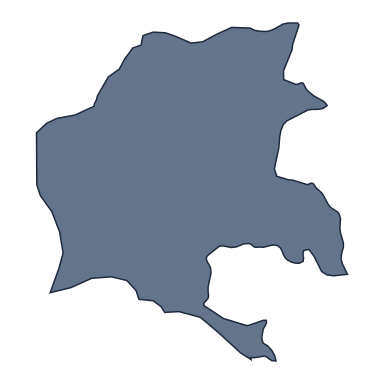 map outline of Beyla (orthographic projection)
{"feature_id": "GIN-5627", "entity_name": "Beyla", "entity_type": "Prefecture", "adm_level": 1, "iso_a3": "GIN", "parent_name": "Guinea", "parent_adm1": "", "projection": "orthographic", "projection_center": [-8.118, 8.717], "detail": "fine", "context": "isolated", "style": "filled", "palette": "slate", "viewbox_px": 384, "rotation_deg": 0, "n_neighbors": 0, "source": "natural_earth", "source_scale": "10m", "svg_char_len": 2149}
<svg xmlns="http://www.w3.org/2000/svg" viewBox="0 0 384 384"><path d="M250.3,28.1L254.1,30.2L259.3,31.2L264.6,31.5L269.0,31.1L273.9,29.2L282.9,24.1L287.9,23.0L297.7,23.0L299.0,25.1L292.7,44.3L292.0,49.9L283.5,70.8L283.7,79.6L295.8,84.4L298.8,83.9L301.2,82.8L303.2,83.2L306.4,89.4L309.0,92.0L314.3,96.2L324.2,101.7L327.2,105.4L326.9,105.7L323.1,108.5L317.4,109.4L312.7,109.4L308.1,109.9L286.8,120.9L283.2,124.7L280.9,130.5L279.8,136.2L278.8,148.0L274.4,168.9L276.8,176.3L287.7,179.6L293.0,180.2L307.2,184.6L308.3,184.4L310.8,183.2L312.2,183.2L313.8,184.2L315.7,187.3L316.8,188.6L321.3,192.5L322.9,194.6L328.6,205.0L330.9,207.6L337.5,212.0L339.2,214.1L340.5,218.6L339.9,227.9L340.5,232.9L343.4,243.0L343.4,247.1L341.7,253.2L341.0,258.9L342.5,264.1L347.5,274.3L333.6,275.8L327.0,274.9L321.6,271.5L314.1,256.4L309.0,249.5L303.8,250.4L302.9,254.0L303.6,258.0L303.1,261.4L299.1,263.3L295.1,263.1L291.2,262.0L287.8,260.1L285.2,257.8L283.4,254.6L282.1,251.1L280.4,247.9L277.5,245.6L274.1,245.0L270.4,245.5L263.3,247.3L261.1,247.0L256.9,247.3L255.0,247.2L253.4,246.4L250.8,244.1L248.8,243.5L244.0,243.8L236.1,247.0L231.2,247.5L222.7,245.8L219.4,246.2L207.8,255.4L206.5,257.1L206.5,260.0L207.7,262.6L209.4,265.2L210.6,268.3L211.0,273.2L208.1,287.0L208.1,291.5L208.6,296.0L207.9,298.7L204.0,302.9L203.7,305.4L223.5,318.5L246.7,325.6L249.0,325.3L263.3,320.3L266.3,320.3L266.5,322.6L265.1,326.0L263.3,328.9L261.9,336.3L262.0,339.9L263.3,343.3L267.8,346.0L271.8,350.4L274.7,355.7L275.3,358.1L276.0,361.0L271.8,360.6L268.9,358.8L266.6,356.8L264.2,356.1L254.3,357.7L250.6,357.6L251.1,359.6L240.6,352.9L217.6,331.9L200.5,317.4L179.0,311.6L164.7,312.4L161.1,306.6L153.2,300.8L138.9,299.3L136.1,290.6L126.8,280.5L111.7,276.8L91.7,278.3L70.9,287.6L50.2,292.7L53.8,282.5L58.8,268.8L63.1,252.9L59.6,231.9L51.8,211.6L40.4,195.7L36.8,184.8L36.5,132.8L46.7,123.2L56.9,118.4L75.2,115.0L85.4,110.2L93.9,106.4L94.1,105.1L94.5,103.7L96.5,99.7L97.0,97.3L97.9,95.0L108.4,76.8L119.3,69.1L124.7,58.9L132.9,47.9L141.0,45.2L143.0,35.6L153.2,32.1L165.4,32.8L175.5,36.3L191.1,43.1L202.6,41.8L216.8,34.2L231.7,27.4L250.3,28.1Z" fill="#64748b" stroke="#1e293b" stroke-width="1.5"/></svg>